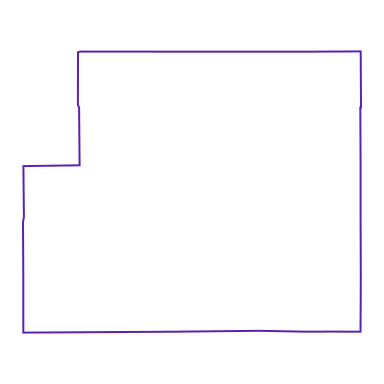 outline of Sedgwick, Kansas, United States of America
{"feature_id": "52423323B55093132194862", "entity_name": "Sedgwick", "entity_type": "district", "adm_level": 2, "iso_a3": "USA", "parent_name": "United States of America", "parent_adm1": "Kansas", "projection": "natural_earth1", "projection_center": [-97.425, 37.693], "detail": "fine", "context": "isolated", "style": "outline", "palette": "violet", "viewbox_px": 384, "rotation_deg": 0, "n_neighbors": 0, "source": "geoboundaries", "source_scale": "gbopen_adm2", "svg_char_len": 448}
<svg xmlns="http://www.w3.org/2000/svg" viewBox="0 0 384 384"><path d="M23.3,332.6L174.3,331.7L258.8,330.8L296.3,331.5L305.1,331.7L332.3,331.6L360.5,331.7L360.7,303.7L360.8,275.6L360.6,219.6L360.6,200.9L360.6,182.2L360.6,172.9L360.6,163.5L360.3,107.5L361.0,107.5L360.7,51.4L303.8,51.7L80.3,51.6L78.0,52.3L77.9,105.0L79.1,107.5L79.6,165.3L23.4,166.1L23.9,217.3L23.0,221.9L23.3,276.4L23.3,332.6Z" fill="none" stroke="#5b21b6" stroke-width="2"/></svg>